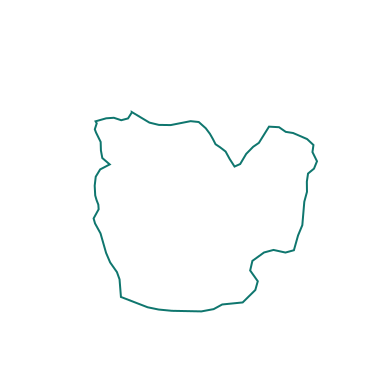 the County of Miaoli, rotated 319°
{"feature_id": "TWN-1165", "entity_name": "Miaoli", "entity_type": "County", "adm_level": 1, "iso_a3": "TWN", "parent_name": "Taiwan", "parent_adm1": "", "projection": "equal_earth", "projection_center": [120.946, 24.52], "detail": "fine", "context": "isolated", "style": "outline", "palette": "teal", "viewbox_px": 384, "rotation_deg": 319, "n_neighbors": 0, "source": "natural_earth", "source_scale": "10m", "svg_char_len": 1068}
<svg xmlns="http://www.w3.org/2000/svg" viewBox="0 0 384 384"><g transform="rotate(319 192 192)"><path d="M69.5,224.6L80.0,210.4L82.8,203.2L84.0,191.5L87.2,181.6L95.8,163.2L98.2,152.1L100.4,147.4L110.2,143.8L113.0,140.1L114.7,135.4L116.7,131.1L122.7,123.4L129.4,117.3L137.5,114.7L148.0,117.2L146.6,107.5L150.5,100.9L155.9,94.3L158.6,84.1L159.8,80.9L165.1,77.7L165.6,75.4L175.6,80.1L181.7,84.7L185.7,91.4L192.0,94.5L198.7,92.5L199.0,92.1L205.4,111.7L211.0,119.6L219.8,127.5L237.4,137.6L243.0,143.6L244.2,152.9L243.7,159.8L242.5,165.8L241.1,171.4L242.5,176.5L243.9,183.5L242.1,191.8L240.8,200.7L246.7,202.5L257.9,198.8L267.8,198.0L274.7,198.8L293.0,193.2L300.2,200.2L302.2,208.1L307.0,213.8L313.6,227.6L314.5,236.2L309.1,240.9L306.5,250.8L299.4,254.4L291.7,254.2L285.5,259.5L278.9,267.3L270.4,273.0L253.5,289.4L243.5,294.4L230.7,302.8L222.8,299.0L215.5,289.2L206.7,284.9L192.4,283.6L184.4,289.4L183.1,302.5L175.5,307.5L157.8,308.6L141.0,296.7L131.5,294.6L120.8,288.3L98.9,268.5L89.7,258.8L82.9,249.9L69.5,224.6Z" fill="none" stroke="#0f766e" stroke-width="2"/></g></svg>